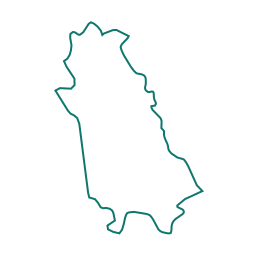 outline of Novara, rotated 356°
{"feature_id": "ITA-5438", "entity_name": "Novara", "entity_type": "Province", "adm_level": 1, "iso_a3": "ITA", "parent_name": "Italy", "parent_adm1": "", "projection": "orthographic", "projection_center": [8.59, 45.587], "detail": "fine", "context": "isolated", "style": "outline", "palette": "teal", "viewbox_px": 256, "rotation_deg": 356, "n_neighbors": 0, "source": "natural_earth", "source_scale": "10m", "svg_char_len": 1806}
<svg xmlns="http://www.w3.org/2000/svg" viewBox="0 0 256 256"><g transform="rotate(356 128 128)"><path d="M73.9,84.8L77.7,81.4L78.0,75.0L71.0,62.7L68.8,56.8L72.4,54.6L74.9,51.0L76.5,46.5L77.4,41.5L76.6,33.8L77.1,30.2L79.7,28.4L81.6,28.8L84.9,31.3L86.4,31.7L90.0,29.4L96.0,21.4L98.4,20.0L101.3,21.5L104.8,24.8L107.7,29.0L108.9,33.4L110.5,32.1L119.7,29.3L123.3,29.4L135.1,36.4L134.4,37.6L133.7,38.6L128.1,43.6L127.4,44.5L126.7,45.7L126.3,46.9L127.1,50.4L129.1,55.5L135.0,66.9L137.9,71.4L140.2,74.0L145.6,75.5L147.7,76.7L148.6,78.0L149.1,79.9L149.0,83.6L148.7,85.8L147.8,88.9L147.9,90.5L148.6,91.9L150.3,93.4L151.7,93.7L154.4,93.2L155.5,93.6L156.1,95.0L156.0,97.7L156.0,99.8L156.4,101.9L157.4,104.2L157.5,105.9L156.5,107.5L155.2,107.7L153.9,107.7L152.9,107.8L152.8,109.2L153.8,111.7L161.0,120.2L161.6,121.7L162.0,123.5L161.3,130.4L163.8,133.7L163.4,137.5L163.7,139.4L164.4,142.0L166.0,146.1L166.6,148.6L166.9,152.3L167.8,154.1L169.5,156.4L175.2,160.9L180.6,162.8L181.7,163.5L183.4,166.1L185.4,170.3L192.2,188.7L192.9,190.2L197.8,196.1L179.9,202.9L171.8,208.7L171.7,210.0L172.7,210.8L176.1,212.7L177.1,213.5L177.7,214.5L177.8,215.7L177.4,216.8L176.3,217.8L168.9,222.2L167.1,223.9L166.3,224.9L165.6,226.1L165.1,227.4L164.7,228.8L164.1,233.5L163.7,234.8L163.2,235.8L161.7,236.0L159.6,235.7L154.7,234.2L152.7,232.8L151.3,231.3L147.0,221.8L145.8,219.5L144.4,217.4L143.5,216.5L142.4,215.8L139.9,214.9L128.1,212.1L123.8,212.2L122.3,212.5L121.1,213.0L119.9,214.8L118.8,217.5L117.1,223.4L115.0,229.0L112.0,232.5L106.0,230.6L101.0,227.7L100.7,223.9L108.5,219.4L107.5,212.0L106.6,209.4L104.2,207.3L100.5,206.2L97.6,206.3L95.2,205.2L92.8,200.4L90.1,196.7L84.5,194.6L83.7,190.0L79.7,120.4L78.0,114.5L75.0,111.6L71.7,109.7L69.3,106.5L58.2,85.6L62.9,83.5L73.9,84.8Z" fill="none" stroke="#0f766e" stroke-width="2"/></g></svg>